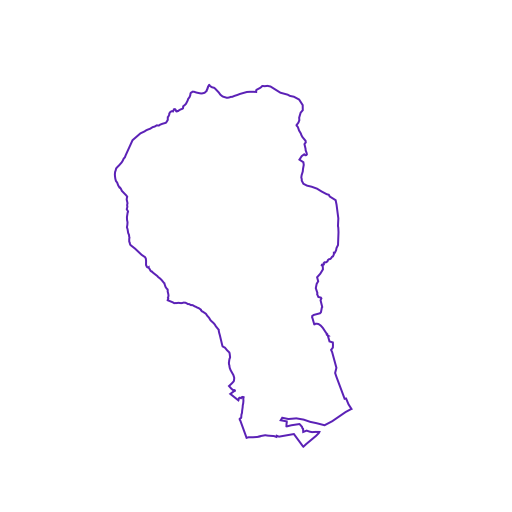 outline of Budila, Brasov, Romania, rotated 217°
{"feature_id": "2599482B80060958139020", "entity_name": "Budila", "entity_type": "district", "adm_level": 2, "iso_a3": "ROU", "parent_name": "Romania", "parent_adm1": "Brasov", "projection": "mercator", "projection_center": [25.874, 45.646], "detail": "fine", "context": "isolated", "style": "outline", "palette": "violet", "viewbox_px": 512, "rotation_deg": 217, "n_neighbors": 0, "source": "geoboundaries", "source_scale": "gbopen_adm2", "svg_char_len": 6130}
<svg xmlns="http://www.w3.org/2000/svg" viewBox="0 0 512 512"><g transform="rotate(217 256 256)"><path d="M419.1,238.3L417.8,236.2L416.5,234.7L414.9,233.1L413.0,231.6L411.1,231.1L408.6,229.5L406.2,228.5L405.9,228.5L405.8,228.8L405.3,228.7L404.0,228.2L402.4,227.3L396.1,226.3L395.0,226.0L394.5,225.8L394.1,224.7L393.2,223.2L390.9,221.3L390.3,220.7L390.0,219.9L389.5,219.0L388.6,218.2L388.1,217.4L387.4,215.6L385.3,214.7L384.8,214.3L384.6,213.3L384.3,212.8L382.5,209.4L380.7,207.2L379.2,205.9L378.8,205.5L377.4,203.3L376.6,201.7L376.3,201.2L374.7,200.1L372.0,197.5L370.1,196.4L368.8,195.0L368.0,194.4L367.6,193.4L365.8,191.1L364.9,190.7L364.1,189.9L363.1,189.3L362.1,189.2L357.0,189.1L348.1,188.1L343.9,188.3L342.4,187.6L340.9,186.0L338.4,182.6L338.0,182.5L336.8,181.7L335.8,181.6L335.3,181.9L335.1,182.3L335.0,182.1L333.7,181.8L331.2,180.7L330.4,180.7L330.4,180.8L330.2,180.9L329.7,181.0L328.3,180.7L322.7,180.6L321.4,180.3L319.1,180.3L316.9,180.0L313.3,179.1L312.7,179.1L312.2,178.6L309.7,176.9L307.7,176.2L306.5,176.1L305.8,175.4L305.1,174.4L304.8,174.2L302.9,172.6L301.9,171.5L301.4,170.3L301.2,169.6L300.6,169.4L300.3,168.9L300.1,167.9L299.9,167.5L294.7,168.9L293.0,169.1L290.9,170.8L289.8,171.9L287.4,173.3L286.5,174.2L285.8,175.2L284.3,176.2L282.9,176.5L281.5,176.6L280.7,177.2L280.2,177.4L278.5,177.6L278.2,177.7L277.7,178.3L276.5,178.7L275.2,178.8L274.2,179.0L273.7,179.2L271.5,179.5L270.6,179.9L269.6,179.9L267.9,180.0L267.7,180.0L267.4,179.6L267.1,179.5L265.7,179.3L265.2,179.5L261.6,179.7L260.8,179.6L259.3,179.0L256.3,178.4L253.9,177.4L252.9,177.2L249.6,176.9L247.7,176.5L245.8,175.7L241.3,174.6L240.7,173.8L239.2,172.5L237.1,170.9L228.9,164.1L228.2,163.7L225.6,164.1L222.4,163.3L219.2,162.9L218.1,162.0L215.8,159.6L215.5,159.0L215.3,158.0L214.8,157.0L214.2,155.8L213.8,155.3L213.4,154.4L212.3,153.2L211.4,152.6L210.9,152.0L209.6,150.8L207.5,149.5L202.4,147.3L200.2,145.7L199.6,144.9L198.5,143.0L198.4,142.2L198.6,140.0L199.3,135.9L195.8,135.2L193.7,135.1L192.6,135.9L192.3,136.0L191.8,135.8L191.7,135.5L192.1,135.0L192.5,133.8L193.5,130.4L183.2,130.1L183.3,130.6L183.8,131.5L184.0,131.9L184.0,132.4L183.9,132.8L183.7,133.1L183.3,133.3L182.4,133.4L182.3,134.2L182.3,134.9L182.0,135.3L181.3,135.7L180.9,135.8L180.2,134.3L178.9,132.8L177.6,130.7L176.7,128.8L175.6,127.1L173.9,124.0L172.8,122.3L172.1,120.4L171.7,119.8L170.6,118.1L170.5,117.6L171.0,116.5L171.0,116.0L170.3,115.4L169.3,115.0L154.1,105.1L152.9,106.7L149.0,109.7L145.8,112.5L144.7,113.7L144.9,113.8L144.2,114.7L140.8,118.4L138.4,119.7L133.3,123.0L130.8,123.8L131.3,124.9L129.8,125.3L128.9,125.6L128.6,125.9L118.6,136.6L103.8,132.2L103.4,132.2L102.7,136.2L99.8,148.5L99.4,151.6L99.3,152.8L99.5,153.6L102.4,151.5L105.2,149.1L107.2,148.1L110.5,147.0L112.4,143.9L114.4,146.3L115.1,146.3L116.6,147.3L117.2,147.4L119.5,147.9L120.2,147.9L125.9,142.1L128.4,139.0L128.9,138.4L129.2,138.3L130.6,140.3L131.2,141.5L131.9,142.4L137.4,139.7L137.7,142.6L132.0,145.3L126.1,150.6L119.5,154.0L112.8,156.2L107.3,158.8L99.4,162.1L95.7,169.9L90.5,185.4L88.0,190.8L87.7,191.3L92.8,193.2L98.3,196.4L99.3,195.3L119.2,208.0L122.4,210.2L124.5,215.1L137.4,225.1L139.5,226.2L139.5,229.1L141.0,231.3L142.6,233.2L145.9,232.0L150.4,235.4L150.1,235.8L152.0,235.7L152.2,235.8L152.2,236.5L153.8,236.8L159.4,238.8L162.4,239.4L165.1,239.3L166.7,238.5L167.7,237.7L168.0,236.7L168.4,236.5L173.7,240.5L174.1,240.6L175.0,241.9L174.4,243.7L172.2,246.5L170.4,248.8L170.3,250.2L172.4,254.5L172.4,255.1L177.8,259.5L178.3,261.5L179.2,261.8L181.5,260.8L184.2,262.3L184.7,263.4L188.9,266.3L190.8,270.3L191.1,273.2L194.4,275.8L194.0,280.5L194.5,285.6L196.8,288.3L197.4,288.1L197.9,288.1L198.1,288.7L196.8,289.8L196.8,290.3L197.6,290.9L197.5,292.1L197.3,292.4L197.0,292.4L196.2,293.2L195.7,294.7L196.1,296.0L195.8,297.3L194.9,298.3L194.7,299.2L194.8,301.1L194.3,302.0L194.8,304.2L195.8,305.5L195.0,306.1L195.5,308.8L196.5,310.8L197.1,314.1L204.4,324.6L207.3,328.1L208.6,329.3L212.9,335.6L222.5,345.4L226.0,348.5L232.9,347.9L234.7,348.7L236.8,347.9L242.4,347.0L247.8,346.5L253.3,344.8L257.6,342.9L261.6,342.2L264.8,343.7L265.7,344.9L267.1,346.0L268.2,348.0L269.5,351.6L270.9,353.9L272.7,357.5L274.6,359.4L279.3,359.1L279.6,363.3L278.7,366.2L277.3,366.1L276.6,366.8L276.5,367.7L277.4,368.6L280.1,370.4L280.8,371.3L284.6,374.5L284.7,375.3L284.6,376.6L285.7,377.8L290.4,378.9L292.4,379.8L293.9,380.8L296.3,381.8L297.1,382.1L299.3,383.6L300.5,384.3L302.1,384.6L302.4,384.9L302.4,388.1L303.1,390.5L304.8,392.5L306.6,397.3L306.4,400.6L309.5,404.6L315.7,406.9L321.6,406.0L325.2,404.3L327.8,403.9L334.8,401.1L346.4,400.1L349.2,398.8L351.3,396.8L353.0,395.8L353.3,395.5L353.5,394.0L353.9,392.7L355.6,389.0L355.6,388.7L355.5,388.4L354.6,387.1L355.3,386.7L359.3,383.8L362.0,381.5L366.4,375.7L367.8,373.4L369.5,371.0L370.8,368.8L372.1,367.7L372.5,366.9L373.5,365.7L374.5,364.8L378.3,363.4L379.6,363.3L381.6,363.4L384.1,364.2L389.5,365.1L390.8,365.1L391.9,364.6L393.0,364.2L395.6,364.1L396.1,364.5L396.3,364.5L396.4,364.3L396.2,363.3L396.3,362.7L396.0,361.9L395.7,361.5L395.8,361.1L395.7,360.8L395.3,360.2L395.4,359.6L395.0,358.4L394.8,358.3L395.1,356.3L395.2,355.7L395.5,355.1L396.9,353.4L397.6,352.8L398.7,352.2L401.9,350.7L404.5,349.8L405.6,349.0L405.8,348.1L406.2,347.3L406.2,346.7L405.8,345.7L405.3,345.0L404.7,342.9L404.7,341.5L404.7,340.5L404.3,339.5L403.9,337.8L403.8,336.6L403.6,336.1L403.5,335.6L403.8,333.3L404.2,332.1L404.2,331.8L404.0,331.3L403.4,330.5L403.2,330.0L403.3,329.5L403.7,328.8L404.4,327.7L405.1,326.2L405.4,325.0L406.0,324.5L406.1,323.9L406.3,323.7L406.7,323.6L407.4,323.8L407.8,324.2L408.7,324.5L409.1,324.5L409.3,324.4L409.5,323.8L409.8,323.6L409.5,323.1L409.5,322.2L409.3,321.5L410.3,321.1L411.0,319.8L411.1,319.1L411.0,317.6L410.6,317.1L410.4,316.8L409.9,314.6L410.0,313.8L408.7,312.0L408.4,311.7L408.2,310.2L408.1,308.4L408.4,307.8L410.3,305.3L411.0,304.2L411.7,303.0L412.0,301.9L412.4,301.5L413.9,300.6L414.8,298.4L416.1,296.7L417.1,294.0L418.7,291.5L419.3,290.4L420.0,288.4L422.1,284.4L424.3,274.2L420.7,258.0L420.1,255.9L420.1,255.5L420.3,254.3L419.8,252.0L419.6,249.9L419.9,246.0L420.2,244.0L420.4,241.8L419.6,239.9L419.1,238.3Z" fill="none" stroke="#5b21b6" stroke-width="2"/></g></svg>